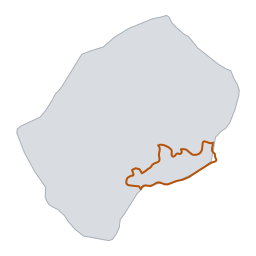 location of Qacha's Nek within Lesotho
{"feature_id": "LSO-1214", "entity_name": "Qacha's Nek", "entity_type": "District", "adm_level": 1, "iso_a3": "LSO", "parent_name": "Lesotho", "parent_adm1": "", "projection": "mercator", "projection_center": [28.653, -29.956], "detail": "fine", "context": "in_parent", "style": "outline", "palette": "amber", "viewbox_px": 256, "rotation_deg": 0, "n_neighbors": 0, "source": "natural_earth", "source_scale": "10m", "svg_char_len": 2625}
<svg xmlns="http://www.w3.org/2000/svg" viewBox="0 0 256 256"><path d="M177.0,181.1L168.5,183.8L167.3,184.1L161.8,183.4L154.5,184.1L148.7,185.6L144.2,186.1L137.0,193.9L123.7,215.0L120.2,219.4L119.2,227.7L116.1,234.3L112.4,239.4L108.7,240.6L97.6,238.6L83.5,236.0L75.3,229.6L68.0,221.2L64.1,215.1L60.1,211.8L58.7,209.9L52.9,207.1L50.8,205.7L48.9,204.6L46.5,200.6L45.2,197.1L45.7,187.3L41.6,181.5L34.7,171.6L30.3,163.5L24.3,152.4L20.7,142.9L16.8,133.1L17.3,128.9L21.0,126.0L31.6,121.1L39.9,117.3L45.8,110.3L52.3,99.9L55.5,93.7L58.6,90.8L62.0,86.4L68.0,76.6L74.7,65.8L81.8,54.2L90.9,50.8L103.2,47.0L115.0,36.8L129.1,28.3L151.8,19.0L162.4,16.7L166.4,15.4L169.0,17.1L171.7,22.4L175.6,26.8L184.5,34.5L188.4,36.4L197.6,47.8L207.5,55.7L218.9,64.7L226.7,69.2L230.7,70.5L233.9,78.5L237.3,84.5L239.2,90.1L238.8,95.5L235.2,108.9L229.9,122.5L225.7,128.2L220.6,131.8L215.5,137.2L213.6,148.1L211.3,161.0L204.8,166.4L199.7,169.9L192.6,174.1L177.0,181.1Z" fill="#d9dde1" stroke="#a8b0b8" stroke-width="1"/><path d="M203.5,167.6L199.8,169.9L188.7,177.2L182.6,179.7L176.3,181.1L167.8,184.4L164.6,184.3L159.9,182.5L158.3,182.4L156.8,182.7L152.7,185.2L150.3,186.1L145.7,185.4L143.5,185.8L141.6,187.4L140.8,189.0L140.7,188.9L139.1,186.6L138.6,186.3L138.1,186.1L137.5,186.2L136.8,186.2L128.5,185.2L127.5,184.7L126.8,184.0L126.4,183.3L126.3,182.6L126.3,181.8L126.4,180.8L126.9,179.0L127.3,178.1L128.1,177.4L131.0,175.8L132.8,175.7L133.2,175.3L133.5,174.4L132.9,172.6L132.1,170.1L132.6,169.7L135.5,168.3L139.0,169.0L140.0,170.0L141.6,172.8L141.9,173.2L142.2,173.1L142.6,172.9L145.9,170.7L148.0,169.0L148.5,168.6L149.0,168.4L149.5,168.2L150.1,167.7L150.9,167.0L152.0,165.2L153.0,164.3L154.0,163.6L157.3,162.3L158.4,161.7L159.1,161.0L159.5,159.8L159.5,158.4L158.9,155.1L159.1,153.0L159.7,150.3L159.7,148.0L158.3,145.4L159.9,144.8L160.8,144.7L162.1,144.8L164.0,145.2L166.7,146.3L168.5,147.3L170.2,148.6L170.9,149.3L171.4,150.0L171.7,150.9L171.8,151.8L171.6,153.9L171.6,154.8L171.9,155.5L172.3,156.1L172.8,156.5L173.3,156.7L174.5,156.1L175.2,155.4L175.8,154.6L176.4,153.9L177.4,153.5L178.3,153.6L179.1,153.9L180.1,154.0L181.0,153.5L181.8,152.1L181.5,150.7L180.9,149.4L181.0,149.3L181.9,149.1L183.9,149.1L185.3,149.4L186.6,149.9L191.7,154.2L193.1,154.8L194.6,154.9L196.6,154.7L198.1,154.2L199.5,153.5L201.0,151.8L201.6,150.6L202.0,149.4L202.8,142.7L203.3,141.8L204.2,141.3L206.2,141.8L209.4,143.0L211.3,143.2L212.8,142.8L212.7,145.3L212.1,148.2L212.1,150.8L213.5,152.8L214.7,153.7L214.9,154.5L214.9,155.4L215.1,157.0L216.1,159.1L216.3,160.2L215.7,161.1L214.6,161.7L212.1,162.4L211.0,162.9L203.5,167.6Z" fill="none" stroke="#b45309" stroke-width="2"/></svg>